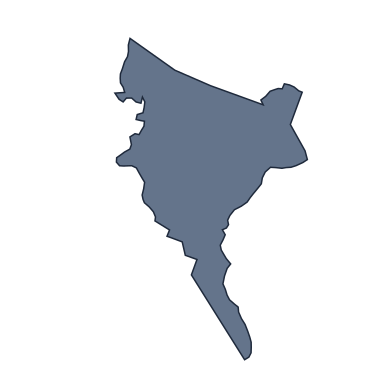 Ibicaré, Santa Catarina, Brazil (Albers equal-area conic projection), rotated 22°
{"feature_id": "56859067B58782294534610", "entity_name": "Ibicaré", "entity_type": "district", "adm_level": 2, "iso_a3": "BRA", "parent_name": "Brazil", "parent_adm1": "Santa Catarina", "projection": "albers", "projection_center": [-51.372, -27.115], "detail": "fine", "context": "isolated", "style": "filled", "palette": "slate", "viewbox_px": 384, "rotation_deg": 22, "n_neighbors": 0, "source": "geoboundaries", "source_scale": "gbopen_adm2", "svg_char_len": 1633}
<svg xmlns="http://www.w3.org/2000/svg" viewBox="0 0 384 384"><g transform="rotate(22 192 192)"><path d="M83.5,129.2L89.7,133.4L94.4,134.3L96.0,129.5L100.9,127.5L106.4,129.5L111.4,128.8L110.5,122.6L114.5,126.1L116.0,131.7L116.9,136.9L112.2,140.7L113.0,145.7L117.6,145.0L121.4,144.2L122.8,149.0L122.0,153.8L121.4,158.6L117.3,159.3L113.8,164.2L118.1,170.8L118.3,175.5L114.5,180.2L111.6,184.9L109.3,188.4L110.7,192.6L115.0,194.8L118.9,193.5L122.4,191.9L126.3,190.2L131.4,190.5L136.4,194.6L140.9,198.1L144.4,200.7L146.0,207.2L146.9,213.5L149.3,217.1L151.9,219.8L157.8,221.8L163.6,224.8L167.5,228.8L168.5,232.7L185.4,235.6L185.4,242.4L190.2,242.2L201.6,241.9L209.5,253.2L221.9,252.7L222.5,269.1L303.6,327.8L306.6,323.8L307.0,319.0L305.1,313.8L303.1,309.1L300.0,305.0L295.9,300.3L290.8,294.9L285.3,290.9L280.2,285.9L277.9,281.4L273.2,280.0L267.2,277.9L263.1,274.4L259.4,269.8L255.1,265.6L253.6,257.6L253.2,249.6L254.8,244.2L248.7,240.9L244.4,237.6L240.9,234.9L238.1,230.7L238.7,224.8L238.8,219.2L234.3,215.6L237.4,212.5L238.1,208.6L235.6,204.8L235.9,199.6L238.0,192.5L243.0,186.7L246.9,180.7L248.1,175.3L249.5,170.5L251.6,163.9L253.2,158.4L251.9,152.5L252.4,146.0L255.5,139.7L260.5,138.0L266.5,136.3L270.1,134.1L274.5,132.0L278.6,128.6L283.8,123.1L286.8,118.7L281.4,111.5L257.9,92.6L256.8,58.2L253.0,58.2L247.4,56.4L242.3,56.2L237.1,57.1L237.0,62.5L233.1,63.8L230.2,66.2L226.7,69.3L224.5,75.7L221.4,80.9L225.3,84.5L169.4,86.5L130.5,85.5L77.0,72.8L77.9,79.5L80.5,85.6L81.5,90.7L80.7,96.4L81.3,104.2L81.4,109.3L82.8,113.4L84.8,117.6L89.0,120.7L92.3,124.9L88.4,126.8L83.5,129.2Z" fill="#64748b" stroke="#1e293b" stroke-width="1.5"/></g></svg>